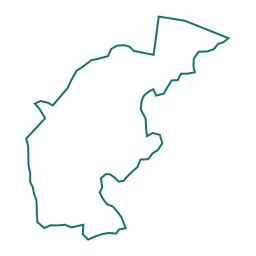 São José do Hortêncio, Rio Grande do Sul, Brazil, rotated 359°
{"feature_id": "56859067B73471401384793", "entity_name": "São José do Hortêncio", "entity_type": "district", "adm_level": 2, "iso_a3": "BRA", "parent_name": "Brazil", "parent_adm1": "Rio Grande do Sul", "projection": "equal_earth", "projection_center": [-51.253, -29.536], "detail": "fine", "context": "isolated", "style": "outline", "palette": "teal", "viewbox_px": 256, "rotation_deg": 359, "n_neighbors": 0, "source": "geoboundaries", "source_scale": "gbopen_adm2", "svg_char_len": 1257}
<svg xmlns="http://www.w3.org/2000/svg" viewBox="0 0 256 256"><g transform="rotate(359 128 128)"><path d="M35.3,102.0L40.2,107.9L45.3,116.8L26.0,136.9L27.8,143.9L27.9,153.0L27.8,162.5L29.5,172.3L29.2,180.1L31.7,185.4L32.9,192.2L35.1,198.4L35.4,204.6L35.3,211.5L35.8,220.6L42.7,226.5L49.0,223.9L56.2,224.2L63.3,223.6L69.6,226.4L76.2,225.1L81.7,223.9L80.9,233.4L86.2,238.9L92.6,236.2L99.7,233.7L106.8,232.6L114.1,233.4L117.6,229.1L123.9,228.2L119.8,217.0L116.1,211.8L111.5,206.2L105.8,204.0L101.7,198.4L98.6,192.2L101.2,186.7L100.0,177.9L104.9,173.8L109.3,174.0L113.7,177.2L117.6,181.4L122.7,180.7L126.4,176.5L131.3,171.7L136.7,167.3L139.9,159.8L147.7,159.5L151.9,154.0L157.5,150.4L162.1,143.8L159.7,135.4L152.7,133.4L146.9,136.4L146.1,128.9L145.8,119.0L141.1,109.6L142.1,101.0L144.4,96.1L148.9,92.2L153.9,89.7L156.8,96.1L164.4,94.2L168.5,87.3L172.4,81.2L178.6,81.0L181.8,74.7L188.6,74.7L195.8,73.5L194.5,67.4L195.0,59.9L199.9,53.0L208.7,52.8L215.3,50.7L219.5,45.5L224.9,43.9L230.0,39.9L186.4,21.7L160.7,17.1L154.9,55.3L135.0,51.0L131.1,46.8L125.5,45.1L118.3,45.5L112.5,48.8L109.3,55.7L102.9,57.4L98.0,58.6L92.6,59.5L83.8,66.0L77.7,69.7L72.3,78.9L68.6,86.6L53.2,104.1L48.4,101.4L41.2,99.5L35.3,102.0Z" fill="none" stroke="#0f766e" stroke-width="2"/></g></svg>